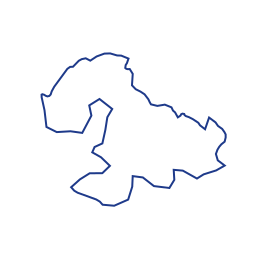 the Municipality of Ludzas, rotated 148°
{"feature_id": "LVA-1065", "entity_name": "Ludzas", "entity_type": "Municipality", "adm_level": 1, "iso_a3": "LVA", "parent_name": "Latvia", "parent_adm1": "", "projection": "mercator", "projection_center": [27.798, 56.379], "detail": "fine", "context": "isolated", "style": "outline", "palette": "blue", "viewbox_px": 256, "rotation_deg": 148, "n_neighbors": 0, "source": "natural_earth", "source_scale": "10m", "svg_char_len": 1366}
<svg xmlns="http://www.w3.org/2000/svg" viewBox="0 0 256 256"><g transform="rotate(148 128 128)"><path d="M190.2,76.4L190.9,80.5L192.8,84.2L205.0,99.8L206.8,103.3L207.6,107.9L196.0,109.9L184.5,109.9L173.7,103.3L163.4,105.5L166.4,117.5L171.2,126.3L166.4,129.6L157.9,128.5L148.3,138.3L139.8,148.1L131.3,152.5L136.8,167.7L148.9,167.7L152.5,157.9L169.4,148.1L178.5,155.7L190.6,162.3L196.6,172.1L189.4,187.3L184.9,199.9L183.6,202.1L182.7,202.0L181.5,200.6L180.7,198.9L179.6,197.5L177.7,196.9L175.8,197.4L173.3,199.5L168.7,202.1L148.1,210.3L144.7,210.5L142.2,209.1L134.1,211.1L130.7,210.9L126.9,209.5L124.3,205.1L116.7,205.3L108.6,203.6L103.6,200.7L98.8,195.3L95.4,193.0L90.8,186.6L94.5,183.6L96.6,182.6L98.5,180.4L98.1,179.1L97.0,178.0L95.3,177.1L95.3,171.4L102.0,162.1L100.9,156.8L98.1,152.2L96.1,147.8L95.5,141.6L95.9,138.4L96.0,135.9L91.4,131.2L84.4,128.3L80.2,122.5L80.6,118.9L79.8,116.3L80.1,110.6L76.9,110.7L75.6,111.5L74.2,111.3L72.9,110.1L73.2,109.0L72.6,107.4L70.7,105.1L68.4,101.3L65.6,95.2L65.5,92.1L63.3,86.1L53.7,93.9L50.8,86.4L50.6,82.1L48.6,77.3L48.4,73.3L48.6,70.8L50.2,68.2L53.3,65.2L57.5,64.7L60.6,63.7L63.6,62.2L67.2,59.4L69.0,53.0L65.9,44.9L75.7,45.3L88.4,48.6L96.3,48.6L104.1,62.8L111.4,68.3L116.2,59.5L124.7,55.2L136.8,65.0L141.6,78.2L149.5,84.7L155.5,76.0L165.8,67.2L180.9,69.4L190.2,76.4Z" fill="none" stroke="#1e3a8a" stroke-width="2"/></g></svg>